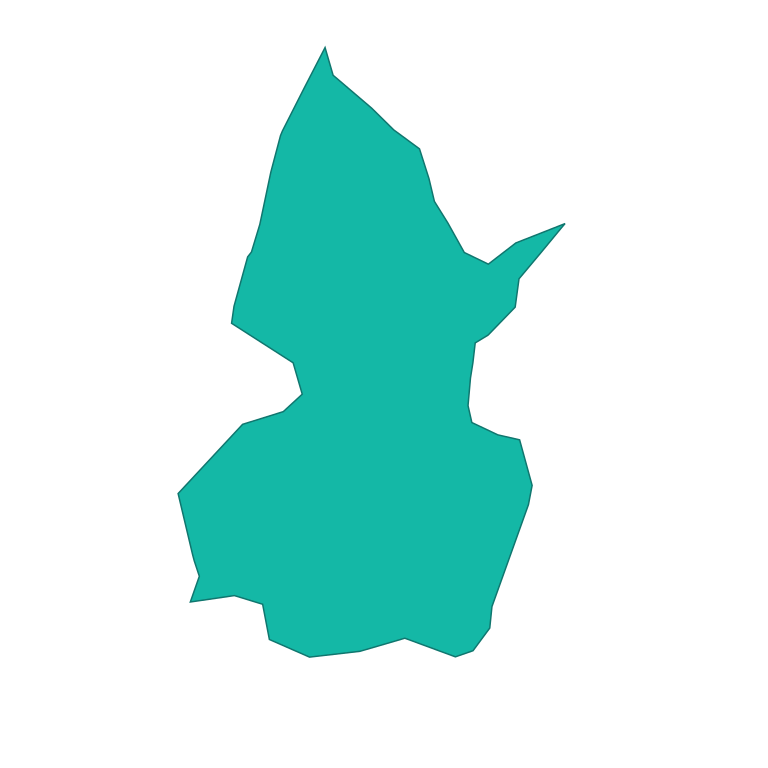 Bamboutos, Ouest, Cameroon (Albers equal-area conic projection), rotated 295°
{"feature_id": "32672807B7261733805593", "entity_name": "Bamboutos", "entity_type": "district", "adm_level": 2, "iso_a3": "CMR", "parent_name": "Cameroon", "parent_adm1": "Ouest", "projection": "albers", "projection_center": [10.332, 5.666], "detail": "fine", "context": "isolated", "style": "filled", "palette": "teal", "viewbox_px": 768, "rotation_deg": 295, "n_neighbors": 0, "source": "geoboundaries", "source_scale": "gbopen_adm2", "svg_char_len": 843}
<svg xmlns="http://www.w3.org/2000/svg" viewBox="0 0 768 768"><g transform="rotate(295 384 384)"><path d="M104.6,300.6L129.0,337.8L133.1,367.1L108.7,384.7L104.0,388.1L105.0,431.9L131.6,475.2L162.4,510.3L166.9,564.0L179.9,577.4L207.5,583.0L227.9,575.9L335.7,565.9L354.7,561.1L390.7,530.5L386.0,508.6L386.2,479.9L399.9,469.3L426.1,459.8L440.8,455.6L459.8,449.3L472.4,457.7L509.1,470.4L536.4,461.9L568.9,470.6L600.5,478.8L605.9,480.3L567.6,443.9L536.7,427.9L537.1,401.2L556.8,374.0L570.8,352.5L589.1,338.0L612.1,316.8L618.4,285.5L628.8,256.2L642.3,207.4L664.0,188.4L618.7,186.6L570.5,185.0L565.5,185.2L528.2,191.9L476.2,204.0L447.6,208.1L441.6,206.7L391.1,215.2L374.6,220.2L364.8,292.7L340.2,314.2L316.4,304.4L287.7,272.9L197.7,243.7L148.4,282.7L143.5,286.8L131.7,297.9L104.6,300.6Z" fill="#14b8a6" stroke="#0f766e" stroke-width="1.5"/></g></svg>